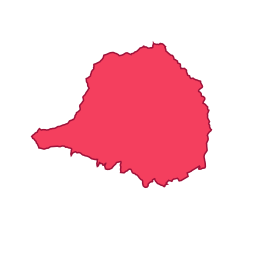 Nades, Mures, Romania (Robinson projection), rotated 148°
{"feature_id": "2599482B14728558628521", "entity_name": "Nades", "entity_type": "district", "adm_level": 2, "iso_a3": "ROU", "parent_name": "Romania", "parent_adm1": "Mures", "projection": "robinson", "projection_center": [24.745, 46.323], "detail": "fine", "context": "isolated", "style": "filled", "palette": "rose", "viewbox_px": 256, "rotation_deg": 148, "n_neighbors": 0, "source": "geoboundaries", "source_scale": "gbopen_adm2", "svg_char_len": 5801}
<svg xmlns="http://www.w3.org/2000/svg" viewBox="0 0 256 256"><g transform="rotate(148 128 128)"><path d="M88.8,192.1L89.3,192.4L90.3,192.8L93.1,192.8L94.9,193.1L96.7,193.8L97.2,194.1L97.3,195.2L98.3,197.1L99.4,198.3L100.2,199.6L101.0,200.2L103.0,201.1L103.7,201.3L107.3,201.8L109.7,202.5L109.9,202.5L111.8,200.7L113.9,199.8L115.2,199.6L116.7,199.1L121.6,199.6L122.8,200.0L123.2,200.0L123.4,199.8L123.6,199.4L124.2,198.4L124.6,197.8L125.2,197.4L125.3,196.9L125.8,196.3L126.5,196.0L127.4,195.9L129.3,195.0L130.0,194.1L131.3,193.2L132.3,192.0L132.8,191.9L134.2,191.9L135.4,191.7L137.3,192.0L138.5,189.6L138.7,189.1L138.7,188.3L138.6,187.6L138.8,186.9L139.8,185.1L139.9,184.5L139.8,183.8L140.0,182.2L140.9,182.0L142.5,181.1L144.8,180.2L146.0,179.4L147.2,178.9L149.0,178.5L149.9,178.1L150.5,176.2L151.2,174.8L152.6,174.3L153.9,173.7L156.6,172.9L157.4,172.1L158.3,169.7L158.5,169.3L158.9,168.9L159.7,168.6L162.1,168.2L163.4,168.3L163.7,168.2L164.5,167.3L166.2,166.6L166.8,166.0L167.1,165.5L168.8,164.4L169.7,164.1L170.7,164.6L171.3,164.4L171.7,164.4L172.6,164.8L173.3,164.8L173.8,165.0L176.2,163.9L177.1,163.8L178.2,164.2L179.5,164.3L182.1,165.1L183.2,165.2L185.2,165.6L186.5,166.3L187.0,166.4L189.7,166.4L190.6,166.7L192.3,167.6L193.8,168.0L194.2,168.4L196.4,168.6L198.3,169.5L199.0,170.3L200.9,171.6L201.6,171.9L202.6,172.2L203.5,174.4L205.9,173.5L207.1,172.6L208.5,172.8L209.7,172.8L210.2,172.5L210.9,172.4L212.0,172.4L214.2,171.9L214.2,171.3L213.9,170.8L214.3,169.9L214.3,169.7L213.7,168.8L213.5,168.0L213.5,166.9L213.1,165.3L213.6,163.9L213.4,163.2L213.3,162.7L213.6,160.7L213.6,160.2L214.1,158.2L213.2,157.6L210.6,154.8L209.9,154.4L207.6,153.9L206.4,153.2L203.9,153.2L203.4,153.1L197.4,149.9L196.5,148.9L195.4,148.1L194.2,147.9L193.1,147.5L191.5,146.2L191.1,144.8L190.5,144.6L190.4,144.4L189.6,143.9L189.1,142.9L187.4,141.3L187.0,140.7L186.9,139.9L188.0,139.0L188.4,138.3L190.1,136.4L190.3,136.0L190.7,134.8L190.0,135.1L189.1,135.8L188.0,136.1L185.8,135.9L185.0,135.6L184.8,134.9L184.4,134.0L183.4,133.5L182.9,133.4L182.0,132.6L181.4,131.6L181.0,130.1L180.6,129.1L179.6,128.1L179.2,127.3L177.5,125.7L177.1,125.1L176.5,124.4L176.2,123.6L175.8,123.0L175.5,122.0L175.3,121.9L175.2,121.3L172.5,118.6L171.7,118.3L170.6,117.5L171.3,117.0L171.5,116.4L172.0,115.6L172.9,114.8L173.5,114.0L173.6,113.4L174.1,112.7L174.1,112.3L174.4,111.6L174.1,111.5L173.7,111.7L173.3,111.8L172.5,112.2L172.3,112.6L171.2,113.0L171.0,113.3L170.9,113.6L170.4,113.8L170.3,113.7L170.4,112.7L170.0,112.6L169.8,112.3L169.8,112.2L169.4,112.0L168.6,111.1L169.0,110.1L168.8,110.0L168.8,109.8L168.4,109.4L167.2,109.3L166.4,109.8L165.9,109.9L165.7,109.8L166.5,109.1L167.7,108.5L168.2,107.3L168.3,106.2L168.8,105.4L168.3,104.7L167.5,103.9L165.8,102.9L163.9,102.6L162.9,102.5L161.6,103.2L161.1,103.1L160.6,103.4L160.3,103.5L157.5,104.0L156.1,104.8L151.9,103.4L152.0,102.8L152.3,102.3L152.8,101.8L153.9,101.0L154.5,99.8L154.6,99.0L155.5,97.7L156.1,97.2L157.3,94.6L157.8,94.2L155.3,92.2L154.7,92.0L153.1,92.4L151.1,92.1L150.3,92.4L149.3,92.5L148.7,92.4L147.6,91.6L147.4,91.2L147.9,87.9L147.5,86.9L147.1,86.4L146.4,85.9L146.1,84.4L145.5,83.8L145.2,83.2L144.9,81.8L144.8,79.6L144.3,77.3L143.7,76.5L143.6,75.8L143.7,75.3L145.0,73.1L145.2,72.7L145.2,72.2L145.7,71.0L145.3,69.3L144.7,68.5L143.2,67.8L141.6,68.3L140.7,69.7L138.5,70.3L136.6,70.2L136.2,69.6L135.9,69.7L135.3,69.8L135.1,70.5L134.7,71.0L132.6,71.0L132.3,70.9L132.2,70.7L132.6,70.0L132.7,69.3L132.8,68.3L132.6,67.3L132.4,65.4L131.2,63.7L130.2,61.9L129.2,61.0L128.4,59.1L127.6,59.1L127.1,59.9L126.7,59.8L125.4,60.0L124.5,59.6L124.8,60.5L124.8,61.1L122.6,61.6L121.3,62.1L120.9,61.5L119.8,60.5L119.1,59.6L118.6,59.7L118.4,60.1L117.9,60.4L116.3,60.5L116.0,60.3L112.7,59.1L112.5,57.9L112.6,57.0L112.6,56.0L112.0,55.9L110.9,55.3L102.7,55.1L101.6,58.5L99.3,58.1L97.1,57.9L96.9,58.1L87.7,57.9L87.7,56.8L88.7,56.8L89.3,56.1L89.6,56.1L89.7,55.6L88.9,55.0L87.8,54.5L86.6,54.5L84.4,53.6L83.8,53.5L82.9,54.2L82.2,55.4L81.8,56.2L81.6,56.4L80.6,58.7L80.5,59.3L79.7,61.0L78.8,63.4L78.5,63.6L77.6,64.7L76.3,65.5L73.6,66.6L73.0,67.1L72.7,67.2L70.9,70.9L70.2,72.0L69.5,73.5L67.0,75.1L66.4,75.5L65.7,76.5L65.0,78.1L64.7,79.1L64.8,79.5L63.5,80.6L61.2,81.5L59.1,81.8L58.2,82.4L58.4,82.9L58.5,83.9L58.4,84.6L58.3,84.8L58.4,85.1L58.0,86.1L57.3,87.1L57.4,88.3L57.0,89.3L55.5,90.2L55.2,94.3L54.2,96.0L53.6,96.8L53.5,97.2L53.2,97.9L50.7,99.6L50.5,99.9L50.0,100.2L50.5,100.9L50.6,101.2L50.0,102.8L49.3,103.6L49.4,104.1L49.9,105.8L49.8,106.4L50.1,107.3L50.6,108.4L51.2,109.2L50.4,110.2L49.6,110.7L48.5,111.2L47.8,111.6L47.4,112.0L47.0,113.0L47.4,114.7L48.7,116.0L48.6,116.7L47.9,118.0L47.7,118.6L47.9,120.2L48.7,121.5L48.5,122.1L47.6,122.7L46.1,123.0L43.9,123.1L43.3,123.3L43.0,123.5L42.6,124.7L42.4,127.9L41.7,129.2L41.8,129.4L43.1,130.7L44.1,132.2L45.0,133.0L45.9,134.4L46.4,135.8L48.3,136.6L48.6,136.9L48.6,138.0L48.2,139.7L49.4,141.1L49.4,141.5L49.0,142.5L48.8,143.9L48.6,144.7L47.8,146.0L47.8,146.4L48.3,147.6L48.4,148.5L51.6,150.4L51.3,150.9L50.9,152.7L50.3,153.3L49.9,154.3L49.9,154.8L50.4,155.5L51.3,156.6L51.4,156.8L51.2,157.3L50.6,158.6L51.9,161.2L52.5,161.8L52.5,162.0L52.1,163.0L51.8,164.1L51.8,165.7L51.9,166.0L53.1,167.2L53.4,167.7L53.6,168.8L54.0,169.4L54.2,170.6L54.5,171.1L54.6,172.2L55.1,173.2L55.0,173.5L54.5,174.2L54.3,175.1L54.1,175.4L54.0,176.6L53.1,177.0L53.4,177.9L53.5,178.8L53.8,180.2L54.6,181.6L55.5,181.8L55.7,182.0L55.9,182.6L57.6,182.4L57.9,182.7L58.4,183.2L59.7,183.9L61.3,185.7L61.5,186.0L61.5,186.3L61.9,185.7L63.0,185.0L63.7,184.0L64.4,183.2L65.6,183.4L65.8,183.9L67.1,184.2L68.7,185.1L69.5,186.9L70.0,187.4L70.7,187.7L71.2,188.1L71.1,188.9L71.5,189.2L72.4,188.8L73.8,188.9L74.5,189.2L75.8,189.4L76.6,189.0L79.5,188.4L80.4,188.4L82.0,188.8L83.4,188.5L84.0,188.5L85.5,189.1L86.2,189.0L86.5,188.7L87.7,190.2L88.8,192.1Z" fill="#f43f5e" stroke="#9f1239" stroke-width="1.5"/></g></svg>